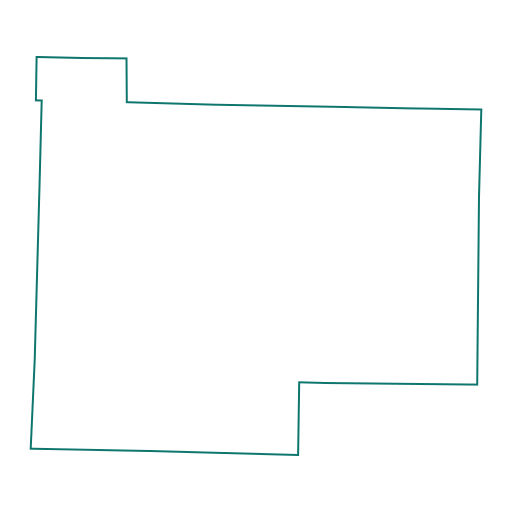 Searcy, Arkansas, United States of America (Robinson projection)
{"feature_id": "52423323B68160313903633", "entity_name": "Searcy", "entity_type": "district", "adm_level": 2, "iso_a3": "USA", "parent_name": "United States of America", "parent_adm1": "Arkansas", "projection": "robinson", "projection_center": [-92.707, 35.917], "detail": "fine", "context": "isolated", "style": "outline", "palette": "teal", "viewbox_px": 512, "rotation_deg": 0, "n_neighbors": 0, "source": "geoboundaries", "source_scale": "gbopen_adm2", "svg_char_len": 369}
<svg xmlns="http://www.w3.org/2000/svg" viewBox="0 0 512 512"><path d="M477.2,384.6L479.0,196.7L481.3,109.5L426.9,108.6L410.8,108.4L339.5,106.9L214.6,104.7L126.8,102.2L126.5,58.4L81.6,58.0L36.6,57.0L35.9,100.4L41.7,100.5L39.6,182.4L34.7,360.0L30.7,448.7L149.0,451.0L298.1,455.0L299.2,382.3L325.5,383.0L477.2,384.6Z" fill="none" stroke="#0f766e" stroke-width="2"/></svg>